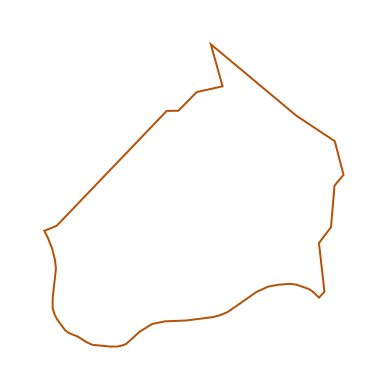 the district of Trimble, Kentucky, United States of America, rotated 263°
{"feature_id": "52423323B52829235192196", "entity_name": "Trimble", "entity_type": "district", "adm_level": 2, "iso_a3": "USA", "parent_name": "United States of America", "parent_adm1": "Kentucky", "projection": "natural_earth1", "projection_center": [-85.386, 38.615], "detail": "fine", "context": "isolated", "style": "outline", "palette": "amber", "viewbox_px": 384, "rotation_deg": 263, "n_neighbors": 0, "source": "geoboundaries", "source_scale": "gbopen_adm2", "svg_char_len": 717}
<svg xmlns="http://www.w3.org/2000/svg" viewBox="0 0 384 384"><g transform="rotate(263 192 192)"><path d="M71.7,305.2L76.8,311.3L125.9,311.8L140.2,325.7L180.9,334.2L190.6,344.5L225.0,339.9L254.7,305.2L336.3,228.7L293.2,235.2L290.6,208.8L274.3,188.3L275.6,176.8L174.9,53.5L171.5,40.7L163.6,43.5L152.8,46.3L141.3,47.7L140.8,47.7L132.3,47.6L104.2,40.9L93.7,39.5L88.0,40.5L82.6,42.3L70.6,49.0L66.9,52.8L62.4,61.0L55.8,69.1L52.6,74.1L48.7,91.2L47.7,99.3L48.2,104.4L49.2,108.1L59.8,123.1L65.9,136.5L66.9,149.5L65.2,170.1L65.3,197.5L66.1,203.8L67.2,208.3L68.5,212.6L76.3,227.6L84.8,243.5L88.8,256.0L89.4,266.1L89.0,277.4L87.3,284.4L81.6,295.9L78.8,299.4L71.7,305.2Z" fill="none" stroke="#b45309" stroke-width="2"/></g></svg>